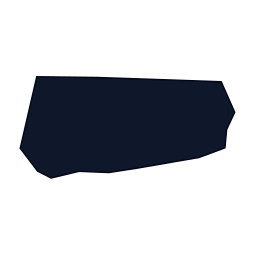 outline of Bukomansimbi, rotated 103°
{"feature_id": "UGA-5619", "entity_name": "Bukomansimbi", "entity_type": "District", "adm_level": 1, "iso_a3": "UGA", "parent_name": "Uganda", "parent_adm1": "", "projection": "mercator", "projection_center": [31.658, -0.106], "detail": "fine", "context": "isolated", "style": "filled", "palette": "ink", "viewbox_px": 256, "rotation_deg": 103, "n_neighbors": 0, "source": "natural_earth", "source_scale": "10m", "svg_char_len": 350}
<svg xmlns="http://www.w3.org/2000/svg" viewBox="0 0 256 256"><g transform="rotate(103 128 128)"><path d="M98.6,228.4L85.8,169.7L71.1,94.5L62.0,47.6L88.7,27.6L107.3,31.6L125.5,29.1L140.8,52.3L150.0,74.3L164.7,109.2L175.7,136.7L181.2,166.0L194.0,191.7L190.3,206.4L172.0,228.4L98.6,228.4Z" fill="#0f172a" stroke="#020617" stroke-width="1.5"/></g></svg>